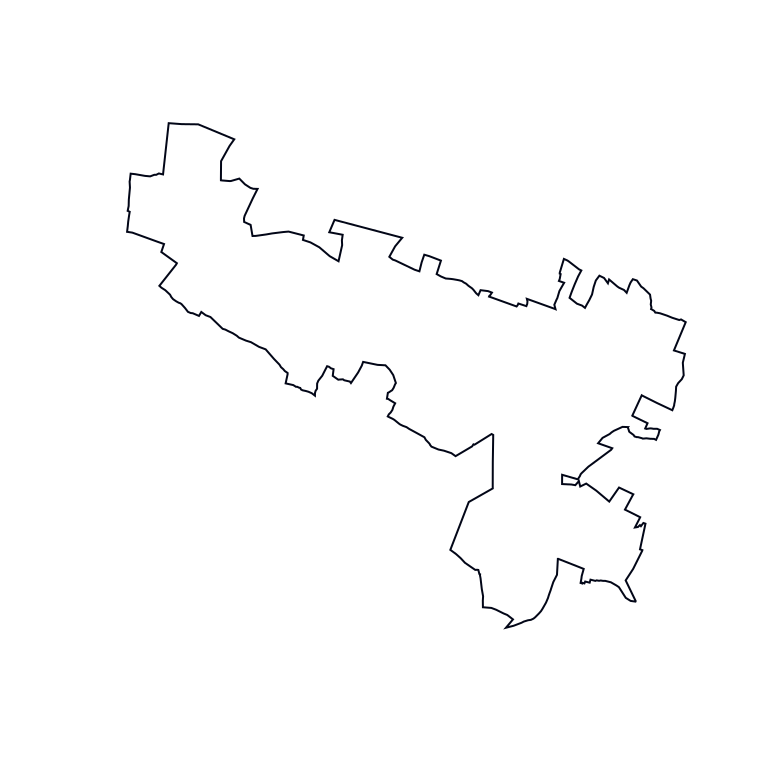 Hoctún, Yucatán, Mexico (Albers equal-area conic projection), rotated 194°
{"feature_id": "50627088B43977727646582", "entity_name": "Hoctún", "entity_type": "district", "adm_level": 2, "iso_a3": "MEX", "parent_name": "Mexico", "parent_adm1": "Yucatán", "projection": "albers", "projection_center": [-89.168, 20.886], "detail": "fine", "context": "isolated", "style": "outline", "palette": "ink", "viewbox_px": 768, "rotation_deg": 194, "n_neighbors": 0, "source": "geoboundaries", "source_scale": "gbopen_adm2", "svg_char_len": 5459}
<svg xmlns="http://www.w3.org/2000/svg" viewBox="0 0 768 768"><g transform="rotate(194 384 384)"><path d="M656.0,585.0L649.1,533.9L653.4,533.8L655.6,531.9L657.5,531.4L661.1,528.9L666.3,528.1L676.2,527.4L680.7,526.8L679.9,520.6L679.8,518.9L678.0,513.1L676.2,501.2L674.8,494.9L674.6,490.0L672.4,489.6L672.1,485.8L671.5,479.8L670.8,475.2L670.1,469.5L664.8,470.0L637.8,467.2L631.3,466.6L632.0,458.2L614.2,451.1L614.6,449.5L625.7,424.9L623.3,423.6L618.9,422.1L613.2,418.9L611.4,416.9L609.2,415.3L605.8,414.0L602.9,413.2L601.4,413.1L599.9,412.6L595.6,409.7L591.7,406.6L588.7,406.1L586.7,406.4L580.0,405.3L578.7,409.7L573.7,407.6L568.6,407.0L553.9,398.5L551.1,398.4L547.8,397.6L543.1,396.7L538.5,395.2L536.0,393.9L533.5,393.5L528.4,392.7L523.2,392.4L514.2,389.8L507.2,389.0L496.8,381.7L490.1,377.5L488.0,375.4L485.3,374.0L483.4,372.6L480.2,371.4L479.9,370.3L479.6,360.8L471.7,361.0L468.8,360.0L467.5,360.3L465.7,359.9L464.3,359.9L463.2,358.6L461.5,358.2L458.1,358.3L455.4,358.2L451.9,357.6L448.2,356.0L448.8,358.6L448.7,360.9L447.8,363.2L449.0,368.3L448.5,371.4L445.9,377.1L445.3,379.8L443.5,387.5L441.5,387.4L439.3,386.4L436.5,386.2L435.7,379.5L429.4,377.1L428.7,377.4L425.0,378.6L423.5,378.0L417.7,378.1L416.3,376.9L411.9,388.9L410.0,396.4L409.6,400.4L394.9,401.0L387.1,402.5L382.0,399.3L377.2,394.9L372.7,387.8L373.2,386.3L373.7,382.7L374.6,379.9L375.5,379.0L377.1,377.2L378.1,376.4L377.6,370.4L376.2,370.5L374.3,369.8L368.5,368.0L369.4,364.3L369.6,360.9L370.6,358.0L372.0,355.7L372.5,353.4L366.8,352.2L365.3,351.7L359.5,349.0L358.4,348.6L355.6,348.0L351.7,347.6L348.7,346.5L340.2,344.3L331.9,342.1L329.9,339.9L326.2,337.6L325.1,336.8L324.4,335.9L324.2,335.8L324.1,335.7L322.8,334.7L315.3,333.6L309.7,333.8L301.9,333.2L297.1,331.3L283.4,344.8L282.6,347.1L281.5,347.0L267.5,361.5L265.7,361.0L259.5,334.4L253.8,311.2L253.2,309.0L273.2,290.0L279.5,239.1L272.9,236.4L267.4,233.5L262.2,230.1L250.5,225.7L248.6,226.3L247.5,226.4L245.5,222.7L244.7,222.6L244.6,221.6L243.3,218.8L239.5,208.7L236.5,202.0L235.7,197.7L234.0,191.3L225.7,192.7L220.6,192.1L212.5,190.3L208.5,189.7L201.9,186.8L206.7,177.0L199.7,180.8L192.8,185.6L190.9,187.3L187.1,189.6L184.4,190.7L182.2,192.5L180.9,194.2L178.1,198.9L176.7,201.6L175.8,204.3L173.9,211.1L173.1,216.1L173.0,218.4L172.8,220.8L172.4,224.4L172.4,225.1L171.9,231.7L171.8,232.9L170.0,240.7L173.0,256.4L172.7,256.5L151.3,253.7L145.5,252.9L145.7,245.4L145.6,244.7L145.4,243.1L145.1,238.5L143.3,238.4L143.2,239.1L141.3,239.0L141.0,241.0L136.4,241.0L136.3,244.1L131.3,244.1L130.2,244.9L127.7,245.1L126.1,245.8L124.3,245.9L121.7,246.5L115.9,246.5L109.6,244.7L106.9,243.7L97.7,235.0L92.2,233.2L87.4,233.7L87.3,234.3L102.0,251.9L97.5,264.9L93.1,284.7L93.1,285.3L95.6,285.5L96.5,311.7L98.7,311.9L100.3,308.2L101.5,309.0L103.0,306.7L105.8,305.5L103.6,314.8L103.2,316.7L119.8,320.4L115.8,336.0L115.4,337.3L130.9,340.4L137.0,324.4L152.3,331.9L163.7,336.3L168.8,332.0L171.4,336.9L173.9,332.1L178.0,331.8L181.9,331.0L187.0,330.0L189.2,339.0L172.9,338.4L171.6,342.2L171.4,343.9L170.7,345.3L165.7,353.2L147.7,375.1L147.0,376.9L161.9,378.3L158.9,384.6L152.9,390.1L151.6,392.0L149.6,394.2L142.2,400.1L136.9,401.2L137.0,401.0L135.5,398.7L134.7,397.3L134.3,396.9L129.5,394.9L128.2,393.7L125.7,393.6L124.8,393.9L120.6,393.8L119.7,393.6L116.2,394.8L112.1,395.3L108.7,396.1L106.5,395.6L105.5,401.2L105.5,404.6L105.1,406.1L108.1,406.6L111.9,405.7L113.6,405.6L115.1,405.3L118.5,403.9L119.8,404.0L118.8,409.7L134.9,413.1L135.4,413.3L132.5,428.6L131.4,434.3L131.2,435.4L130.6,435.2L114.5,431.6L97.9,428.3L97.5,431.3L97.3,433.5L97.5,434.6L97.6,437.5L98.0,440.9L99.1,448.0L99.9,452.1L98.8,456.0L96.2,460.7L95.3,464.9L99.2,476.9L99.3,486.0L110.8,486.7L106.2,517.0L111.4,518.5L113.0,517.5L120.4,518.0L125.9,518.8L128.3,519.0L133.2,519.4L136.6,519.2L138.0,518.9L139.4,520.2L139.5,520.3L142.4,521.2L143.0,521.3L143.0,523.0L144.4,525.7L144.9,529.4L146.0,531.4L147.5,535.1L155.4,539.7L158.0,540.7L163.6,545.6L167.9,545.9L169.3,542.1L169.8,539.2L170.6,531.2L173.9,533.3L179.2,534.3L181.3,535.1L190.9,539.9L191.1,535.9L196.1,540.1L201.2,541.2L203.5,535.7L204.0,529.2L204.0,528.5L203.8,521.2L205.1,515.1L206.5,510.1L207.4,506.5L210.8,508.0L216.2,508.6L224.8,512.5L224.2,518.6L223.1,526.8L221.7,535.2L220.0,541.9L222.4,542.4L234.5,547.7L235.9,548.2L239.7,548.9L240.4,534.7L240.2,533.6L239.2,533.4L239.1,531.5L238.9,528.4L239.2,526.3L233.7,525.8L234.9,521.7L236.3,516.6L236.6,509.3L237.0,507.6L237.9,502.1L235.7,498.1L236.3,498.2L236.5,498.2L237.3,498.3L266.0,501.2L264.8,498.9L264.4,496.4L264.7,494.0L273.1,494.6L273.4,492.8L274.1,491.3L300.7,494.0L303.2,494.2L303.1,495.0L302.5,495.7L301.4,498.8L305.5,499.3L313.0,498.4L313.9,493.0L316.5,494.3L320.1,497.1L321.9,498.2L325.8,499.7L328.6,501.2L331.3,501.9L333.2,502.7L335.9,502.8L338.0,502.7L342.3,502.4L344.8,502.1L349.6,501.3L354.7,502.1L359.5,503.4L358.6,517.5L371.0,519.0L376.2,519.2L376.9,511.2L376.9,501.9L382.0,502.3L402.9,506.6L405.6,506.8L409.6,508.7L406.5,520.3L401.7,530.3L471.7,531.3L473.8,518.0L465.7,518.5L460.2,518.8L459.6,513.2L458.2,508.6L457.8,492.1L467.6,494.9L479.8,501.0L489.6,503.6L497.5,504.2L497.8,508.7L513.5,508.8L518.7,507.0L529.1,503.0L534.5,500.6L544.2,496.7L547.4,495.8L551.2,504.5L551.9,506.1L558.9,507.4L559.9,510.8L559.9,513.5L556.2,532.5L553.9,542.7L558.1,541.8L561.1,542.0L567.2,544.1L574.1,548.3L581.5,544.0L582.6,543.6L590.5,542.3L591.5,542.2L591.8,543.3L596.0,560.8L591.4,577.8L588.5,585.2L627.1,591.0L643.2,587.2L656.0,585.0Z" fill="none" stroke="#020617" stroke-width="2"/></g></svg>